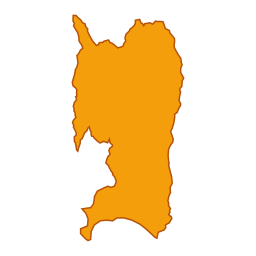 outline of Peñuelas, Puerto Rico
{"feature_id": "32010507B14079989067624", "entity_name": "Peñuelas", "entity_type": "district", "adm_level": 2, "iso_a3": "PRI", "parent_name": "Puerto Rico", "parent_adm1": "", "projection": "natural_earth1", "projection_center": [-66.73, 18.055], "detail": "fine", "context": "isolated", "style": "filled", "palette": "amber", "viewbox_px": 256, "rotation_deg": 0, "n_neighbors": 0, "source": "geoboundaries", "source_scale": "gbopen_adm2", "svg_char_len": 2775}
<svg xmlns="http://www.w3.org/2000/svg" viewBox="0 0 256 256"><path d="M163.0,21.7L158.7,21.4L158.0,21.6L155.5,21.1L152.6,24.2L150.0,22.8L144.7,23.7L143.7,25.6L142.4,23.5L141.0,22.9L139.6,19.4L135.3,20.3L135.4,22.7L134.7,24.8L132.0,27.8L130.3,28.8L129.2,31.1L126.1,34.1L125.0,37.7L125.7,41.1L123.9,43.5L122.9,46.4L117.8,47.9L112.4,43.4L110.1,42.5L108.5,40.0L103.9,41.2L102.9,42.4L100.1,42.5L98.9,43.1L98.6,44.5L96.4,45.5L92.4,40.7L89.9,36.3L87.4,31.0L87.8,29.2L85.4,26.0L85.1,23.9L82.7,22.8L80.6,19.8L77.0,16.7L76.1,15.5L73.2,15.4L73.0,21.0L74.4,23.6L73.5,25.8L77.8,32.9L78.8,37.2L79.1,41.2L81.7,45.1L82.8,48.4L80.6,49.9L78.0,54.6L76.9,55.5L78.0,62.8L77.0,66.6L76.1,68.5L75.4,69.6L74.8,73.4L74.6,74.5L72.3,82.1L73.0,85.8L75.8,88.1L76.9,90.0L76.5,92.3L76.8,96.0L75.6,96.8L76.4,98.2L76.1,100.6L74.4,102.2L73.3,106.4L74.2,109.3L73.9,110.9L75.1,112.6L75.1,115.4L75.9,117.3L73.4,120.3L72.5,122.8L73.8,125.3L73.4,127.0L76.2,132.6L76.2,135.1L74.3,136.8L74.4,141.5L75.5,142.9L76.6,149.9L77.8,151.2L78.6,147.8L80.1,143.6L80.4,139.8L82.2,138.6L84.6,132.9L87.0,130.6L87.9,128.1L89.2,126.8L90.2,130.5L91.2,132.0L91.0,134.2L91.7,136.2L93.1,136.3L94.1,138.0L97.4,141.1L100.0,143.0L103.5,141.4L107.6,142.8L109.4,139.2L110.1,142.9L112.3,144.8L112.4,146.3L109.8,148.2L108.9,150.4L110.0,154.3L108.1,156.4L106.7,159.5L105.9,163.1L108.1,165.2L111.3,171.4L112.8,173.2L112.6,174.5L114.9,177.3L116.3,181.6L114.5,186.1L110.7,187.4L108.1,186.2L105.7,187.1L97.3,191.1L94.3,197.0L94.4,198.5L93.5,203.6L93.0,204.6L90.8,207.6L82.0,208.9L82.2,209.1L82.8,209.8L85.4,212.7L85.8,213.1L87.9,218.4L88.1,218.9L87.5,225.9L81.7,228.4L80.6,228.8L80.6,233.6L81.2,234.2L84.8,238.1L85.8,239.0L88.1,240.6L88.9,240.2L90.6,239.4L91.2,231.6L91.2,231.4L94.3,225.0L94.4,224.9L100.3,220.8L104.5,220.4L106.4,220.2L106.6,220.2L109.7,220.5L112.6,220.8L117.1,217.9L123.5,217.9L124.0,217.9L124.3,218.0L129.0,219.3L132.0,220.2L135.6,222.0L139.9,224.2L140.2,224.3L146.5,229.4L155.1,237.4L156.9,238.2L157.0,237.9L158.2,232.3L164.1,229.9L165.8,227.5L165.5,224.9L169.3,222.8L171.8,218.4L171.1,216.4L170.2,216.0L168.8,214.7L168.7,214.4L168.8,214.0L169.1,213.8L170.0,212.1L169.5,210.7L170.5,208.6L168.5,205.5L168.7,203.1L167.9,201.0L168.9,195.9L170.5,192.7L170.1,187.4L172.1,183.6L172.2,182.5L171.5,176.4L169.1,167.2L168.6,164.1L169.1,163.5L168.6,160.9L168.1,155.3L168.6,149.4L169.7,146.5L172.8,142.0L172.9,141.0L173.3,139.4L170.6,131.3L172.2,128.3L173.8,123.0L174.8,116.6L174.6,114.3L177.1,112.5L178.9,108.0L180.4,105.7L180.7,103.9L179.0,100.5L179.5,97.3L180.6,91.6L179.6,90.2L180.2,88.2L181.8,86.4L182.2,80.8L183.7,78.1L180.6,72.4L180.8,67.8L182.1,64.9L181.4,62.7L180.8,58.4L178.0,54.4L174.4,47.8L174.1,43.7L174.6,42.5L174.5,38.6L169.8,32.7L169.4,30.5L165.4,28.6L163.0,21.7Z" fill="#f59e0b" stroke="#b45309" stroke-width="1.5"/></svg>